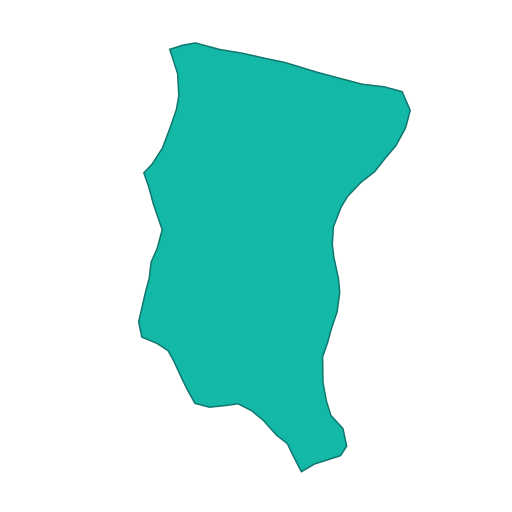 the district of Gastria, Cyprus, rotated 285°
{"feature_id": "46923920B84775184962851", "entity_name": "Gastria", "entity_type": "district", "adm_level": 2, "iso_a3": "CYP", "parent_name": "Cyprus", "parent_adm1": "", "projection": "equal_earth", "projection_center": [33.989, 35.335], "detail": "fine", "context": "isolated", "style": "filled", "palette": "teal", "viewbox_px": 512, "rotation_deg": 285, "n_neighbors": 0, "source": "geoboundaries", "source_scale": "gbopen_adm2", "svg_char_len": 988}
<svg xmlns="http://www.w3.org/2000/svg" viewBox="0 0 512 512"><g transform="rotate(285 256 256)"><path d="M433.3,119.2L411.9,133.1L390.6,140.0L376.7,141.2L359.6,140.0L336.1,137.7L318.0,131.9L307.3,126.1L295.5,134.2L279.5,143.5L257.1,158.6L237.8,158.6L222.9,156.3L206.9,158.6L193.0,158.6L162.0,159.7L148.1,166.7L146.0,182.9L141.7,195.7L133.2,203.8L119.3,215.4L108.6,224.7L97.9,235.1L97.9,240.5L97.9,250.2L103.2,264.1L108.6,276.9L105.4,291.9L99.0,305.8L88.3,322.1L82.9,334.8L73.3,343.0L59.4,355.7L70.1,366.2L85.1,389.4L95.8,392.8L111.8,384.7L121.4,369.6L134.2,361.5L151.3,353.4L175.9,346.4L190.8,347.6L204.7,347.6L222.9,348.8L242.1,346.4L254.9,341.8L275.2,331.4L287.0,326.7L304.1,323.2L325.4,325.6L337.2,329.0L354.3,338.3L368.2,348.8L384.2,355.7L399.1,362.7L418.4,367.3L436.5,367.3L452.6,354.6L452.6,336.0L449.4,314.0L449.3,290.8L449.3,266.4L450.4,233.9L449.3,214.2L448.3,189.9L446.1,167.9L446.1,142.3L440.8,130.8L433.3,119.2Z" fill="#14b8a6" stroke="#0f766e" stroke-width="1.5"/></g></svg>